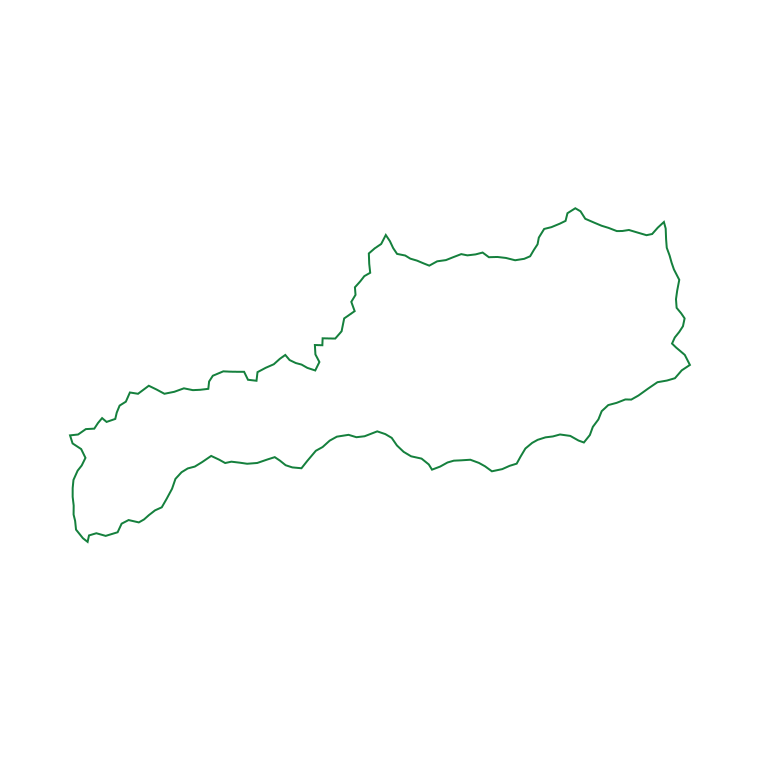 Presidente Nereu, Santa Catarina, Brazil, rotated 194°
{"feature_id": "56859067B86900242229400", "entity_name": "Presidente Nereu", "entity_type": "district", "adm_level": 2, "iso_a3": "BRA", "parent_name": "Brazil", "parent_adm1": "Santa Catarina", "projection": "robinson", "projection_center": [-49.337, -27.259], "detail": "fine", "context": "isolated", "style": "outline", "palette": "green", "viewbox_px": 768, "rotation_deg": 194, "n_neighbors": 0, "source": "geoboundaries", "source_scale": "gbopen_adm2", "svg_char_len": 2803}
<svg xmlns="http://www.w3.org/2000/svg" viewBox="0 0 768 768"><g transform="rotate(194 384 384)"><path d="M175.9,375.6L171.9,384.3L171.0,392.9L167.4,401.5L166.2,410.3L161.3,417.8L153.7,422.0L146.1,427.4L140.3,428.7L134.3,434.4L126.4,443.7L119.1,451.9L110.3,455.8L103.1,460.0L98.4,469.3L91.8,476.5L99.2,485.0L109.3,490.0L114.3,492.9L113.1,499.5L110.1,506.0L107.9,512.4L108.2,520.4L112.8,524.5L118.5,528.7L121.2,536.9L122.1,545.4L122.7,556.5L130.4,565.3L134.3,571.3L138.0,577.8L142.6,584.6L145.3,592.7L148.3,603.0L151.6,608.9L156.2,601.9L160.1,594.4L165.3,591.9L175.0,592.3L183.6,592.7L189.8,590.1L195.1,588.7L203.9,589.8L211.2,590.2L219.0,591.4L228.7,593.0L235.1,599.1L240.9,600.8L247.3,594.1L247.3,586.2L252.2,582.1L259.5,576.7L266.1,573.2L269.2,563.5L268.8,556.7L271.0,550.4L273.1,543.3L278.2,539.4L286.7,535.8L296.2,535.8L304.7,534.7L312.9,532.4L320.1,535.4L326.5,531.9L334.2,529.0L340.5,528.7L347.5,523.8L353.9,519.2L362.1,515.9L368.7,509.8L374.7,510.6L381.8,511.7L388.8,512.0L394.5,513.8L402.8,513.4L408.0,518.1L412.8,524.0L418.3,529.0L420.6,519.2L425.8,513.4L430.3,507.0L427.4,497.0L424.3,488.6L429.2,483.9L431.9,477.8L435.6,470.8L433.2,463.6L435.6,455.8L430.1,447.6L438.5,438.0L437.9,424.9L442.3,416.3L448.3,414.9L454.6,413.5L453.2,406.7L460.5,405.1L457.7,396.1L452.0,389.7L454.0,380.5L462.3,381.1L468.7,382.9L474.7,383.0L481.4,384.4L486.8,388.3L491.1,383.3L495.7,376.5L502.7,371.1L509.6,364.9L508.5,356.3L517.0,355.2L522.7,362.0L530.0,360.2L536.0,358.8L543.0,357.4L552.1,350.6L554.3,344.1L553.3,336.8L561.0,333.9L568.0,331.8L577.1,331.4L585.6,325.7L594.7,321.4L603.3,323.6L611.8,325.4L620.3,315.0L628.5,314.3L630.2,304.4L635.3,299.1L636.4,291.6L636.3,285.1L644.0,280.1L649.3,282.7L652.1,276.9L654.3,270.6L662.4,268.1L668.6,261.0L676.2,258.2L671.8,251.0L662.1,247.6L655.8,240.1L657.6,231.8L660.3,225.8L662.1,215.8L660.9,207.7L658.8,199.2L655.7,191.0L653.6,182.2L650.6,176.5L647.6,168.2L638.8,161.5L633.4,159.1L633.6,165.7L627.0,169.6L617.3,169.3L606.6,175.7L604.8,185.0L598.9,190.2L588.4,190.4L584.1,194.5L580.4,199.9L575.6,206.0L569.8,210.6L567.1,220.1L564.3,231.1L563.4,241.5L559.1,249.4L554.0,254.6L547.6,258.1L541.6,264.2L534.3,272.4L525.7,270.7L519.0,268.9L513.3,271.7L504.6,272.8L497.5,273.5L487.9,276.7L478.8,282.6L472.3,286.6L466.5,284.5L459.8,281.4L452.8,280.9L443.7,282.3L439.8,290.9L434.0,302.7L428.3,308.0L423.0,315.9L417.0,321.5L406.1,326.1L397.9,325.7L390.2,328.6L379.1,336.4L370.6,335.7L363.5,333.6L356.6,327.5L348.5,322.9L340.2,320.4L329.5,320.7L321.1,316.8L316.7,312.5L309.5,317.5L303.4,323.2L297.7,326.5L290.7,328.6L281.9,331.4L272.8,330.4L266.1,328.6L258.2,325.4L248.7,330.0L242.3,335.0L236.0,338.8L233.9,346.7L231.2,355.6L226.0,362.7L221.4,367.0L214.4,371.3L207.4,374.0L201.0,377.6L190.7,378.7L181.6,376.2L175.9,375.6Z" fill="none" stroke="#15803d" stroke-width="2"/></g></svg>